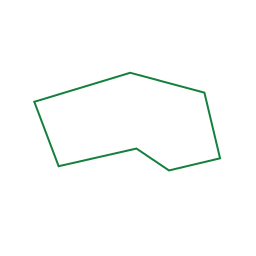 Assuit City, Asyut, Egypt, rotated 112°
{"feature_id": "37247803B89417957828076", "entity_name": "Assuit City", "entity_type": "district", "adm_level": 2, "iso_a3": "EGY", "parent_name": "Egypt", "parent_adm1": "Asyut", "projection": "equal_earth", "projection_center": [31.287, 27.255], "detail": "fine", "context": "isolated", "style": "outline", "palette": "green", "viewbox_px": 256, "rotation_deg": 112, "n_neighbors": 0, "source": "geoboundaries", "source_scale": "gbopen_adm2", "svg_char_len": 257}
<svg xmlns="http://www.w3.org/2000/svg" viewBox="0 0 256 256"><g transform="rotate(112 128 128)"><path d="M189.4,178.0L143.9,112.5L152.0,74.1L121.6,31.3L66.6,70.4L76.0,146.7L138.8,224.7L189.4,178.0Z" fill="none" stroke="#15803d" stroke-width="2"/></g></svg>